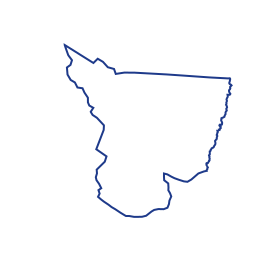 Lac Iro, Moyen-Chari, Chad (Robinson projection), rotated 291°
{"feature_id": "50815135B94662216566844", "entity_name": "Lac Iro", "entity_type": "district", "adm_level": 2, "iso_a3": "TCD", "parent_name": "Chad", "parent_adm1": "Moyen-Chari", "projection": "robinson", "projection_center": [19.344, 9.791], "detail": "fine", "context": "isolated", "style": "outline", "palette": "blue", "viewbox_px": 256, "rotation_deg": 291, "n_neighbors": 0, "source": "geoboundaries", "source_scale": "gbopen_adm2", "svg_char_len": 3494}
<svg xmlns="http://www.w3.org/2000/svg" viewBox="0 0 256 256"><g transform="rotate(291 128 128)"><path d="M77.9,113.7L74.5,115.3L70.5,115.6L68.0,117.3L65.5,121.0L62.2,124.6L59.4,122.7L56.6,125.0L53.0,124.7L51.6,128.6L50.6,132.0L49.4,137.3L48.3,141.0L47.6,145.2L46.2,151.4L45.1,157.5L46.3,160.8L47.2,165.5L48.6,169.1L50.2,173.0L52.6,176.4L55.8,178.3L58.5,179.9L60.9,181.8L63.2,185.4L65.0,190.4L67.7,193.4L71.6,193.5L75.0,192.7L79.6,192.9L82.2,190.6L84.3,188.0L87.0,187.1L90.7,185.4L92.2,180.5L95.3,179.1L98.4,177.9L98.8,181.4L98.1,186.0L97.8,189.4L97.9,194.3L98.2,199.3L99.1,202.8L102.6,205.6L106.5,207.7L110.8,210.0L114.7,214.5L116.2,216.8L116.3,216.7L116.5,216.6L116.8,216.5L118.2,216.8L118.9,216.4L119.3,216.5L119.7,216.7L119.8,216.6L120.0,216.3L120.5,215.7L120.8,215.6L121.4,215.7L121.4,215.8L121.4,215.7L121.6,214.5L123.0,213.9L123.4,214.0L123.8,214.9L123.9,215.1L124.2,215.2L125.8,215.4L126.1,215.6L126.4,215.5L126.5,215.4L126.9,215.6L127.2,215.7L127.4,215.6L127.8,215.4L128.2,215.3L128.3,215.3L128.8,215.2L129.4,214.6L129.5,214.6L129.8,214.5L130.4,214.4L130.6,214.3L131.0,213.7L131.4,213.4L131.7,213.4L132.4,213.8L132.8,213.8L133.5,213.5L135.4,212.7L135.5,212.8L135.8,213.1L136.1,213.2L137.1,213.0L137.6,213.3L138.8,213.3L139.0,213.4L139.2,213.6L139.7,213.9L139.8,214.2L140.2,214.5L140.5,214.7L140.7,214.8L140.8,214.8L141.0,214.9L141.7,214.9L142.4,214.9L142.9,215.1L143.1,215.1L143.6,215.3L143.8,215.3L144.3,215.3L144.7,215.2L145.3,215.0L145.5,214.9L147.1,213.9L148.8,214.4L149.1,214.7L149.9,214.7L151.2,214.2L152.1,214.3L152.3,214.3L152.8,214.1L153.1,213.7L153.3,213.3L154.6,213.4L155.2,213.1L156.0,213.3L156.3,213.3L156.4,213.2L157.1,212.7L157.1,212.8L157.3,213.0L158.1,213.3L158.3,213.4L158.9,213.3L159.0,214.2L160.1,214.2L160.5,214.2L161.0,214.6L161.3,214.5L161.7,214.1L161.9,213.9L162.1,214.2L162.4,214.1L162.5,214.1L162.8,213.8L162.9,212.6L163.0,212.5L163.1,212.4L163.7,212.4L164.1,212.6L164.4,213.6L164.5,214.0L164.7,214.3L165.0,214.3L165.3,214.4L165.9,214.2L166.5,214.1L166.9,213.8L167.2,213.6L168.4,212.3L168.8,212.1L169.0,212.1L169.8,212.1L170.0,211.9L170.6,211.7L170.9,212.0L171.1,212.1L171.5,212.7L171.9,213.1L172.2,213.3L173.0,214.0L174.3,213.8L175.9,214.1L177.1,213.6L177.5,213.5L178.3,213.5L178.6,213.5L179.1,213.8L179.4,213.9L179.5,213.9L179.9,213.9L181.0,212.9L182.8,213.1L183.0,213.0L183.6,212.5L184.6,211.7L184.8,211.2L185.9,211.2L186.1,211.2L186.9,210.7L188.5,210.7L188.9,210.6L189.7,209.9L189.8,209.8L190.5,209.7L191.4,209.7L192.3,209.9L192.9,209.9L193.7,209.6L194.7,209.0L195.2,210.4L195.3,210.7L195.7,211.2L196.0,211.3L196.6,211.3L196.8,211.0L196.9,210.9L197.3,210.2L197.6,209.9L198.0,209.5L198.8,209.0L199.5,208.8L200.1,209.1L200.4,209.1L200.6,209.1L200.8,209.3L201.7,209.3L202.8,208.6L203.2,208.7L204.2,209.1L204.9,209.4L205.3,208.6L205.5,207.3L205.5,207.2L205.8,206.8L206.1,206.5L206.3,206.4L207.0,206.3L207.9,206.3L210.2,205.9L210.7,205.6L210.8,205.4L210.9,205.2L210.7,204.8L210.6,204.6L210.3,204.1L204.5,186.2L195.8,157.7L191.8,144.7L182.1,114.6L178.4,104.7L174.1,97.2L178.1,93.8L177.5,87.3L177.8,86.8L180.8,80.9L181.8,74.9L176.3,72.4L182.8,39.2L182.6,39.3L182.3,39.6L181.7,40.1L180.8,40.8L174.7,46.0L174.0,47.0L171.3,51.3L171.2,51.4L166.3,51.7L162.6,49.3L156.2,52.4L152.3,57.3L151.5,62.1L147.7,66.3L148.8,71.3L145.5,74.6L141.9,79.7L137.6,81.4L135.2,83.7L135.1,83.8L134.4,88.4L129.8,87.4L129.4,87.8L127.5,90.3L126.4,95.3L121.9,104.5L121.5,104.7L117.5,106.0L96.8,106.0L93.8,118.1L88.2,118.4L77.9,113.7Z" fill="none" stroke="#1e3a8a" stroke-width="2"/></g></svg>